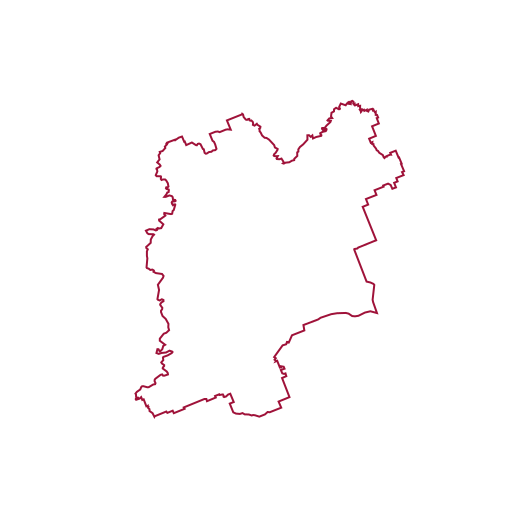 Logan, Queensland, Australia (Mercator projection), rotated 149°
{"feature_id": "25037944B44262560811074", "entity_name": "Logan", "entity_type": "district", "adm_level": 2, "iso_a3": "AUS", "parent_name": "Australia", "parent_adm1": "Queensland", "projection": "mercator", "projection_center": [153.051, -27.763], "detail": "fine", "context": "isolated", "style": "outline", "palette": "rose", "viewbox_px": 512, "rotation_deg": 149, "n_neighbors": 0, "source": "geoboundaries", "source_scale": "gbopen_adm2", "svg_char_len": 6068}
<svg xmlns="http://www.w3.org/2000/svg" viewBox="0 0 512 512"><g transform="rotate(149 256 256)"><path d="M181.7,144.8L179.4,156.0L178.6,158.4L169.5,170.3L169.7,171.6L171.6,174.4L174.4,177.1L168.5,210.9L168.1,211.3L165.2,210.2L164.1,210.6L144.9,207.6L139.2,243.2L133.4,242.3L132.4,248.2L121.3,246.3L120.5,251.3L110.9,249.7L110.7,250.9L105.5,250.0L104.0,247.5L104.5,243.4L100.7,242.7L99.9,247.6L96.2,247.0L95.6,250.6L87.8,249.3L87.6,252.7L85.4,252.4L84.3,260.2L83.6,260.1L82.6,266.8L83.1,266.9L82.0,274.3L87.8,275.3L88.1,273.3L88.9,273.8L92.4,274.3L92.8,273.8L93.8,274.4L95.4,273.8L95.7,274.8L95.3,277.2L97.2,281.0L97.3,283.2L98.1,284.5L97.8,286.2L98.3,290.2L97.7,291.4L98.7,292.2L97.6,293.7L99.3,293.9L98.6,298.3L91.4,297.2L89.7,307.4L82.5,306.3L81.5,312.0L80.0,311.8L79.6,314.6L80.7,315.3L79.1,317.9L80.0,317.8L80.1,320.0L80.9,320.4L80.6,321.1L79.9,321.4L80.1,322.1L83.7,323.2L85.3,322.0L86.2,323.3L85.6,324.3L88.4,324.6L88.1,325.8L89.6,326.1L89.5,327.1L89.9,327.3L91.3,325.6L91.9,325.4L91.5,326.6L91.7,328.1L90.6,328.5L90.4,329.6L89.4,331.1L91.2,331.8L90.3,333.5L93.7,334.1L94.0,335.4L93.0,336.0L94.0,336.8L93.0,338.1L93.6,339.4L94.8,339.5L95.8,338.4L96.8,340.2L97.7,340.2L97.3,338.0L99.6,339.9L101.5,339.0L104.8,343.0L108.0,340.9L108.2,339.0L108.6,338.8L109.4,339.1L111.0,341.8L113.5,341.6L114.7,339.8L117.5,339.9L119.8,337.0L119.7,335.0L122.3,336.2L124.9,335.4L124.8,335.0L122.3,333.3L123.3,332.5L128.3,331.5L131.1,330.4L133.4,331.6L133.9,331.1L133.7,329.3L133.0,328.9L130.5,329.0L130.2,328.6L130.5,327.9L131.9,327.1L135.0,328.1L137.7,328.2L138.0,327.7L137.7,325.9L138.2,325.4L143.1,327.0L146.6,327.4L145.6,330.3L147.7,329.9L148.4,332.3L149.8,333.0L152.0,329.2L158.0,327.4L162.2,326.8L164.8,325.6L165.9,323.7L167.3,323.6L169.1,320.5L173.1,319.6L173.9,318.5L176.1,319.2L179.2,319.2L182.6,320.8L184.6,320.9L185.1,321.5L184.4,321.6L183.9,322.5L184.0,326.4L186.1,326.9L188.2,328.4L188.2,329.0L185.9,330.4L187.6,331.3L188.9,332.3L189.1,333.0L188.0,333.9L186.1,334.3L182.9,335.9L182.3,336.6L183.9,339.3L183.3,341.7L184.9,349.1L186.2,351.8L187.7,352.9L188.7,356.2L188.4,359.5L188.7,361.1L187.9,362.3L187.8,363.4L186.4,363.6L185.6,364.6L187.2,367.7L187.2,368.9L190.1,368.5L191.1,370.0L190.1,371.2L189.7,372.8L190.2,374.6L191.2,374.9L191.7,375.7L191.2,377.0L192.0,377.4L193.6,377.3L194.5,378.2L195.0,381.5L194.2,384.0L194.6,385.0L195.1,384.6L211.1,387.2L212.6,377.3L215.1,379.2L216.9,379.9L223.4,380.9L224.6,382.4L226.8,383.4L232.8,384.4L233.9,377.2L233.2,375.5L233.5,372.8L234.7,368.2L236.3,367.7L238.7,368.7L240.5,368.3L242.7,369.3L245.5,369.2L246.4,369.6L246.9,370.9L245.8,374.4L246.4,375.1L246.0,380.4L246.9,381.7L248.2,382.1L249.7,381.4L250.4,382.0L252.5,386.3L258.7,387.0L258.1,390.8L258.7,390.9L257.9,396.5L261.2,397.2L265.5,396.9L265.4,397.4L273.9,399.0L274.3,398.8L273.9,398.1L274.5,397.8L275.2,397.9L275.2,397.4L277.8,396.7L278.1,395.3L282.0,394.1L284.9,394.8L285.2,393.5L287.6,392.5L288.9,388.5L292.5,387.1L291.4,383.9L291.4,382.4L292.9,382.0L296.1,382.3L296.5,382.0L296.3,381.1L297.0,379.3L300.3,376.9L300.1,375.6L296.6,373.4L296.6,372.8L297.9,371.1L297.8,369.8L296.3,369.5L294.5,368.4L294.1,367.1L294.1,363.8L295.3,360.6L296.4,360.4L297.5,361.1L298.3,360.5L298.2,359.6L296.6,358.0L296.7,357.4L298.0,355.8L299.4,356.1L300.8,355.1L304.1,353.9L303.0,353.2L299.0,352.5L297.3,350.7L297.1,349.4L298.1,347.1L296.4,345.6L296.5,344.7L297.3,344.6L299.9,345.8L300.7,345.3L301.1,343.9L301.0,342.3L299.8,342.5L298.7,341.8L298.8,341.5L302.8,337.8L304.3,337.5L306.1,335.4L307.3,335.7L312.4,340.1L313.1,339.3L312.9,337.3L319.0,336.8L320.3,337.2L320.8,336.2L319.1,330.9L322.9,328.7L325.1,329.6L325.7,330.6L327.1,330.5L326.9,329.6L327.3,329.3L328.7,329.5L330.2,331.6L333.6,333.9L337.3,334.4L337.4,331.5L336.8,330.1L332.6,327.4L332.4,326.8L334.4,326.3L337.7,324.3L339.5,321.5L345.5,320.3L345.9,319.2L345.3,317.5L347.1,316.2L349.5,312.2L350.3,310.0L355.7,302.6L355.7,301.8L354.5,300.4L353.8,298.5L351.8,297.7L351.1,296.4L351.1,295.9L352.0,295.3L350.6,292.9L345.8,289.0L345.5,286.5L346.9,285.3L354.9,281.9L356.6,276.8L362.7,269.8L362.6,269.0L361.5,267.5L359.0,267.4L358.0,266.0L358.6,264.9L361.0,264.9L363.0,264.0L363.3,263.2L363.0,259.8L363.9,258.7L365.6,258.0L366.3,256.8L367.0,252.7L365.8,248.6L366.0,242.9L367.9,240.1L368.7,237.2L372.4,236.4L375.1,236.9L381.0,234.7L382.1,232.9L379.6,226.7L381.8,226.7L384.3,224.4L386.9,223.7L387.7,224.0L387.6,226.3L388.5,226.9L391.3,224.1L389.8,222.2L386.8,221.5L382.8,219.6L378.9,219.4L377.1,217.3L377.0,216.7L378.2,216.2L383.0,216.3L387.4,217.2L388.1,216.8L389.1,214.5L392.0,213.6L392.0,212.3L390.9,209.8L391.4,209.0L393.3,208.4L393.9,207.6L392.0,203.0L391.9,201.2L392.5,199.8L396.2,200.6L397.3,201.3L397.4,202.8L399.0,203.3L405.6,202.6L406.7,202.0L407.4,200.9L407.6,198.8L408.5,198.1L410.3,198.8L415.5,198.8L416.7,199.4L419.6,202.4L420.7,203.0L421.8,202.8L424.0,201.2L428.1,200.9L430.2,200.1L430.2,199.1L431.2,197.2L431.0,195.6L430.1,195.4L430.0,194.7L432.1,194.8L432.6,195.4L432.9,195.0L432.8,194.5L429.2,193.7L427.1,194.2L427.6,191.2L426.1,191.0L427.4,183.6L426.1,183.4L426.4,183.1L425.8,182.3L426.7,181.5L426.2,179.6L427.1,177.9L425.6,174.6L425.9,170.5L425.4,170.8L413.0,168.9L412.8,167.2L407.1,166.3L407.4,163.6L395.9,161.8L395.9,163.4L373.9,160.0L372.2,159.0L372.8,156.8L363.4,155.4L363.2,157.1L358.8,156.4L358.9,155.7L355.7,154.4L355.7,153.0L356.3,152.2L356.0,151.5L354.0,151.0L351.3,151.6L349.0,151.2L350.3,142.3L354.5,143.0L356.0,133.7L354.3,131.2L351.1,128.9L348.5,128.3L347.2,126.0L343.8,123.9L341.8,121.5L340.4,121.2L338.9,120.0L335.9,116.6L329.9,115.6L326.4,116.3L324.7,115.0L312.5,113.0L311.6,119.6L300.0,117.8L296.5,138.0L291.9,137.4L291.2,140.2L292.7,140.5L293.9,141.9L293.4,145.5L289.6,144.7L289.3,146.8L291.9,149.1L292.1,147.7L293.0,148.0L291.8,155.3L293.2,155.5L292.8,155.7L293.5,157.5L291.7,158.2L292.5,160.0L279.2,165.7L275.6,164.8L273.7,166.4L272.9,165.8L273.0,165.2L272.5,164.9L266.0,169.5L252.9,167.3L250.9,172.4L235.4,169.6L232.4,169.8L221.5,167.4L216.0,165.2L208.3,160.9L206.3,158.9L204.5,155.0L202.2,153.3L199.0,152.0L191.7,151.4L186.4,149.7L181.7,144.8Z" fill="none" stroke="#9f1239" stroke-width="2"/></g></svg>